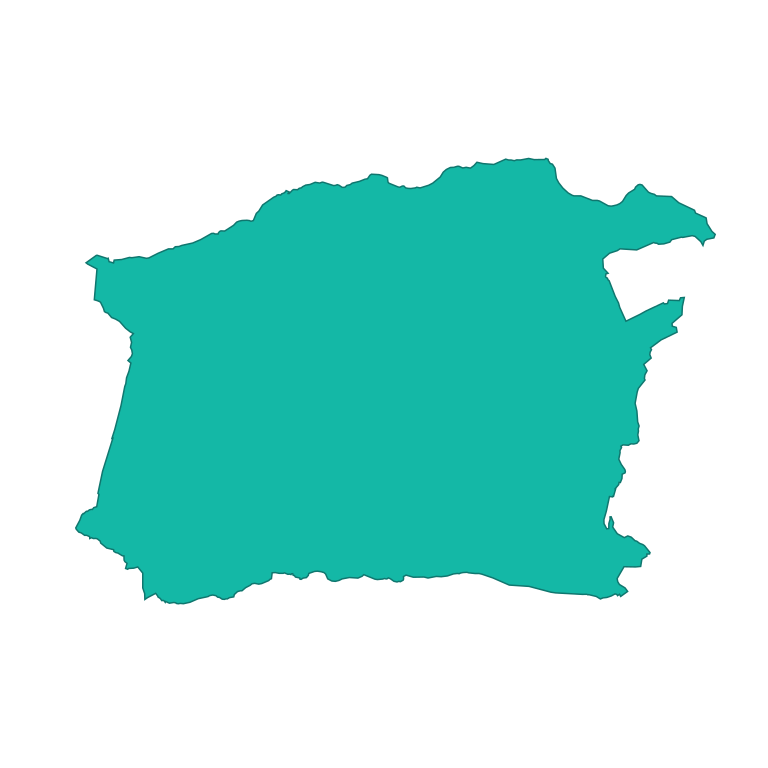 Malureni, Arges, Romania, rotated 97°
{"feature_id": "2599482B85608070722935", "entity_name": "Malureni", "entity_type": "district", "adm_level": 2, "iso_a3": "ROU", "parent_name": "Romania", "parent_adm1": "Arges", "projection": "robinson", "projection_center": [24.772, 45.057], "detail": "fine", "context": "isolated", "style": "filled", "palette": "teal", "viewbox_px": 768, "rotation_deg": 97, "n_neighbors": 0, "source": "geoboundaries", "source_scale": "gbopen_adm2", "svg_char_len": 6151}
<svg xmlns="http://www.w3.org/2000/svg" viewBox="0 0 768 768"><g transform="rotate(97 384 384)"><path d="M624.8,592.6L619.6,585.1L622.0,582.8L622.9,582.4L624.1,580.0L626.1,578.1L625.7,576.9L626.1,575.7L627.4,574.5L626.5,574.2L627.7,570.3L626.5,566.1L626.5,564.1L627.1,563.4L627.2,561.4L626.6,559.5L626.5,556.3L624.3,550.0L619.7,542.2L617.0,534.3L616.3,532.5L615.3,531.3L614.3,528.2L614.6,524.9L615.8,523.2L615.9,521.2L617.3,518.4L617.2,516.1L616.5,514.7L616.4,513.3L614.9,511.4L613.6,507.2L611.2,506.9L607.9,504.1L606.8,501.5L606.5,499.7L603.0,496.5L600.1,492.3L598.4,490.7L597.6,488.1L597.9,483.9L597.0,481.1L593.2,474.5L591.7,473.3L591.0,472.0L585.0,472.0L584.4,468.9L584.7,464.9L584.2,460.9L583.6,459.8L584.6,456.2L584.2,454.3L584.5,453.1L583.6,452.6L583.4,451.5L585.0,450.8L585.0,449.6L586.4,448.4L586.8,444.0L588.0,443.6L588.0,442.5L586.5,440.6L585.6,437.4L583.2,435.8L581.2,435.6L578.5,430.1L577.9,427.4L578.0,423.5L578.5,420.5L579.7,418.8L584.3,416.1L585.9,411.8L585.8,408.2L584.5,404.8L582.5,401.7L580.3,394.8L579.8,386.2L577.5,382.3L575.7,380.8L578.8,369.3L578.9,366.7L577.7,361.3L577.0,360.0L577.2,358.0L576.8,356.9L575.9,356.1L576.4,354.2L578.6,350.1L578.9,347.0L578.1,345.2L578.2,343.6L576.4,341.1L575.2,340.8L572.7,341.2L571.0,338.8L572.2,331.4L570.7,320.8L571.2,316.7L568.6,308.6L568.3,303.7L566.8,297.7L564.0,291.8L563.1,288.1L563.1,286.2L562.3,285.0L561.5,282.6L560.8,278.7L561.1,276.9L561.0,270.4L560.5,266.7L560.8,263.7L563.2,252.3L568.3,235.2L567.2,215.4L570.3,193.0L570.4,188.1L568.6,161.2L568.0,157.2L568.4,155.8L568.1,155.2L569.0,147.4L571.0,143.0L569.6,140.6L568.7,136.8L566.7,132.6L564.2,129.1L564.5,127.2L565.6,126.4L564.0,124.6L566.0,123.2L560.2,116.9L557.0,119.9L554.3,125.9L551.8,127.9L548.7,128.9L536.1,123.5L534.9,112.0L533.8,107.0L526.4,106.7L522.8,102.1L520.8,102.4L520.3,99.7L518.9,99.4L512.8,105.7L511.8,107.6L511.0,110.9L509.2,114.0L509.0,115.7L505.9,119.9L505.1,123.5L507.2,126.8L504.2,134.2L498.1,139.6L493.8,139.2L488.1,142.4L488.4,143.5L490.6,143.1L495.1,143.8L500.1,143.3L500.6,145.3L495.8,148.6L491.9,149.2L482.9,147.8L468.2,146.5L468.2,143.4L467.5,143.3L467.5,142.5L459.9,141.3L459.8,141.8L455.2,138.8L453.0,138.7L453.0,137.4L448.8,136.3L444.5,136.6L442.8,133.9L441.3,133.8L439.6,134.5L434.9,138.7L430.0,141.8L423.5,141.3L421.4,141.7L418.1,140.5L416.9,141.3L415.3,139.4L415.0,134.0L413.3,131.7L413.1,128.7L412.0,125.8L409.2,124.0L403.6,125.9L399.7,125.7L397.7,126.2L394.6,125.7L390.7,127.6L380.0,129.7L372.6,132.4L361.0,131.7L357.3,131.0L348.2,125.4L346.9,126.2L343.1,126.2L338.8,124.5L332.9,128.6L325.7,122.0L322.4,123.8L319.9,123.7L317.3,122.7L315.6,123.9L306.4,114.3L296.8,99.4L292.2,100.8L291.5,104.9L288.7,105.5L279.0,96.7L270.6,97.3L261.5,96.5L262.3,100.2L265.2,101.1L266.1,111.7L269.6,112.4L270.4,115.5L269.4,116.6L279.5,132.7L283.6,138.3L292.2,151.5L279.2,159.4L275.0,161.1L268.9,165.2L254.1,173.1L253.2,174.4L251.7,175.2L251.1,176.7L250.4,177.2L247.7,177.2L246.8,175.1L242.3,180.4L233.3,182.1L226.7,176.1L223.2,168.7L221.1,166.2L220.1,149.5L210.7,133.6L211.1,132.1L211.0,130.3L211.8,128.6L210.8,123.3L208.3,117.5L205.7,116.1L202.0,106.7L202.1,105.4L199.2,96.2L199.6,93.2L204.1,86.9L207.6,84.3L203.1,83.5L201.0,81.2L198.8,74.4L195.1,73.5L192.6,77.1L185.5,82.9L179.9,84.5L176.4,95.6L173.7,97.0L168.2,113.5L162.9,121.4L164.1,136.6L162.8,138.7L162.3,142.2L161.4,144.9L155.0,152.1L154.7,154.3L155.3,156.0L157.9,158.3L160.2,159.0L164.6,164.5L167.4,166.6L173.7,169.5L176.1,171.8L177.9,174.7L179.2,178.2L179.8,180.2L179.8,183.2L176.1,192.4L175.8,194.7L176.4,199.4L173.3,211.5L174.1,218.3L173.8,220.1L172.0,224.4L167.7,230.4L163.0,235.1L159.0,237.9L148.9,240.6L145.3,243.6L144.9,245.9L142.2,248.2L141.0,248.5L140.3,250.8L141.6,251.9L143.0,262.3L142.5,267.9L145.0,275.8L145.4,279.6L146.5,281.9L146.2,285.1L146.5,287.6L146.0,290.6L152.7,301.7L153.2,312.6L152.6,318.8L156.2,321.3L159.2,324.5L158.9,328.9L160.0,332.1L158.8,336.1L159.0,337.8L160.4,341.0L161.0,344.5L163.5,348.3L166.5,351.0L171.7,353.4L178.7,360.1L181.3,363.9L185.0,372.1L184.7,375.5L185.5,376.7L186.7,381.2L186.9,384.1L186.7,386.4L185.1,388.4L185.3,390.0L186.8,392.3L186.7,394.0L184.1,403.6L183.0,404.7L179.0,405.7L178.6,406.4L177.2,411.4L176.8,414.5L177.3,422.0L178.5,423.4L182.3,425.4L183.1,428.0L185.9,433.1L188.5,440.1L190.2,441.8L191.5,445.2L193.2,446.4L193.7,447.7L193.9,449.5L192.2,452.9L191.9,454.7L192.8,456.4L193.2,458.2L191.2,468.7L191.2,470.0L192.4,472.3L192.2,476.9L195.0,481.8L196.1,485.9L198.2,489.0L199.3,489.8L200.1,492.0L201.7,493.5L202.0,497.5L202.8,498.5L206.6,501.4L206.6,502.4L204.9,501.7L204.0,504.7L205.3,505.3L206.7,506.7L207.8,508.8L209.0,509.5L209.0,511.8L209.5,513.2L210.9,514.2L212.0,516.2L221.1,526.3L227.6,529.3L230.2,531.5L237.7,533.6L238.7,535.9L238.2,537.4L238.2,540.0L239.0,544.8L240.0,547.7L241.3,550.0L244.9,552.7L251.6,560.8L251.9,564.6L252.7,565.8L254.3,566.8L255.3,566.9L255.7,570.1L255.2,571.4L255.6,573.5L263.0,583.5L267.4,591.1L271.1,601.6L272.5,604.2L273.2,607.9L275.6,609.9L276.2,614.5L281.8,624.2L287.5,632.7L288.2,635.1L287.5,642.6L289.4,649.7L289.4,652.1L292.4,659.5L293.9,666.9L296.8,667.2L296.1,671.8L292.8,673.1L293.2,673.7L291.2,684.3L291.4,685.2L300.0,694.5L301.2,692.5L304.8,682.9L335.7,681.8L336.2,678.8L336.9,676.2L337.6,675.2L343.0,671.7L346.2,670.3L346.9,668.8L347.3,666.7L351.2,662.5L352.3,658.3L354.1,654.1L360.2,647.2L363.2,642.2L364.5,638.9L368.5,641.6L373.5,639.6L378.5,640.1L381.0,638.5L384.6,637.4L387.5,638.1L391.9,641.0L394.0,637.8L402.4,638.7L409.2,640.3L415.2,640.3L418.0,641.0L437.4,642.4L462.1,645.7L471.1,647.4L470.8,646.5L505.0,652.7L527.4,654.6L528.3,653.5L540.8,654.2L542.1,657.0L544.1,658.2L544.1,659.2L544.8,661.0L546.6,662.9L546.6,663.9L549.4,666.3L549.2,666.8L551.0,668.1L556.3,669.3L564.4,672.4L565.6,671.8L568.2,668.9L568.7,666.3L570.7,662.7L570.4,660.9L571.1,658.3L571.6,657.5L573.2,657.2L572.2,655.7L572.8,653.6L572.4,651.3L572.6,649.7L574.6,646.5L576.4,645.8L580.6,639.2L581.4,632.2L583.1,631.7L584.0,629.7L584.2,627.6L586.4,622.7L586.3,621.2L590.5,620.5L591.9,619.5L593.3,617.2L598.6,618.0L599.1,615.8L598.2,615.0L597.3,610.0L595.6,606.1L601.1,600.4L615.8,598.6L621.2,596.0L627.0,595.1L624.8,592.6Z" fill="#14b8a6" stroke="#0f766e" stroke-width="1.5"/></g></svg>